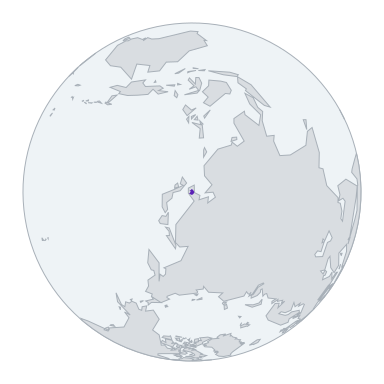 North Chungcheong on an orthographic globe, rotated 171°
{"feature_id": "KOR-2494", "entity_name": "North Chungcheong", "entity_type": "Province", "adm_level": 1, "iso_a3": "KOR", "parent_name": "South Korea", "parent_adm1": "", "projection": "orthographic", "projection_center": [127.84, 36.597], "detail": "fine", "context": "on_globe", "style": "filled", "palette": "violet", "viewbox_px": 384, "rotation_deg": 171, "n_neighbors": 0, "source": "natural_earth", "source_scale": "10m", "svg_char_len": 12113}
<svg xmlns="http://www.w3.org/2000/svg" viewBox="0 0 384 384"><g transform="rotate(171 192 192)"><circle cx="192" cy="192" r="169" fill="#eef3f6" stroke="#a8b0b8"/><path d="M320.2,288.9L320.1,289.7L319.9,289.9L320.2,288.9ZM319.5,81.1L321.8,83.9L320.5,82.5L321.4,84.5L314.7,80.8L299.5,70.7L300.4,69.7L296.6,67.8L295.2,69.2L295.2,70.7L280.3,69.3L273.9,77.7L277.4,84.1L272.3,80.2L282.7,95.3L282.8,104.3L279.3,92.0L276.3,89.2L274.7,93.9L271.2,92.1L268.5,93.5L264.5,91.0L262.8,84.5L260.2,83.0L259.2,86.5L254.6,86.6L256.5,81.6L248.7,81.4L244.3,71.5L252.5,61.9L246.8,56.0L246.3,45.5L243.0,45.2L240.7,41.6L236.0,39.9L237.3,38.9L232.4,38.6L232.2,39.9L230.0,40.3L227.2,39.6L228.3,38.0L229.9,38.1L228.7,37.3L230.5,36.8L228.1,36.7L229.7,35.0L224.0,35.7L221.9,33.6L224.1,32.8L229.2,34.2L247.1,37.1L250.9,37.5L251.2,36.3L240.4,30.9L242.5,31.1L241.3,30.4L237.7,29.5L237.4,29.7L230.5,28.2L230.9,29.2L228.1,28.9L226.3,29.8L220.9,28.4L216.5,26.8L217.7,26.1L215.8,25.6L210.0,25.4L207.7,24.0L198.6,23.2L211.1,24.1L223.5,26.0L235.7,28.8L247.7,32.5L259.3,37.0L270.6,42.5L281.5,48.7L291.9,55.7L301.7,63.5L310.9,72.0L319.5,81.1ZM347.4,170.3L346.0,167.4L347.4,167.5L347.4,170.3ZM344.7,166.8L345.3,167.6L344.8,167.2L344.7,166.8ZM344.1,167.3L344.6,167.0L344.1,167.8L344.1,167.3ZM343.3,168.5L343.7,167.7L343.7,168.0L343.3,168.5ZM341.7,169.2L341.2,169.3L341.4,168.3L341.7,169.2ZM295.8,71.7L295.5,69.5L298.1,69.0L298.7,71.1L295.8,71.7ZM290.5,73.3L289.4,71.4L293.7,73.1L293.0,73.6L290.5,73.3ZM280.7,89.4L281.2,86.8L281.9,90.0L280.7,89.4ZM268.8,94.1L269.7,95.5L267.9,95.7L268.8,94.1ZM229.5,30.6L228.0,30.2L229.1,30.2L229.5,30.6ZM230.1,31.4L232.5,31.7L233.2,32.2L231.7,32.0L230.1,31.4ZM260.2,92.2L256.9,92.3L259.9,91.0L260.2,92.2ZM227.0,31.0L234.1,33.0L235.2,33.8L230.5,33.9L227.0,31.0ZM254.8,91.6L247.0,92.2L248.4,95.2L239.9,87.6L249.4,89.3L252.9,87.2L252.6,89.8L254.8,91.6ZM233.3,40.7L233.5,39.2L235.9,41.1L233.3,40.7ZM235.4,41.9L246.2,48.0L244.6,50.1L241.3,47.4L241.3,51.0L235.2,48.9L233.9,46.6L236.1,45.5L232.1,45.6L235.4,41.9ZM236.4,83.5L234.3,82.8L236.2,82.3L236.4,83.5ZM229.3,40.7L231.6,41.6L230.4,43.4L225.5,41.9L227.5,41.8L229.3,40.7ZM244.2,53.0L242.5,54.3L237.1,53.0L235.7,53.3L235.0,49.1L244.2,53.0ZM226.4,41.0L223.1,41.2L221.1,39.7L227.0,39.9L226.4,41.0ZM232.1,44.6L231.3,45.4L230.2,44.4L232.1,44.6ZM212.4,35.2L215.2,36.0L214.8,37.0L212.4,35.2ZM222.0,41.3L222.7,41.8L222.9,42.4L220.4,42.2L222.0,41.3ZM231.2,48.6L229.3,47.8L231.2,50.2L227.3,49.5L227.5,46.9L225.7,47.7L224.5,47.5L226.1,45.7L231.2,48.6ZM218.4,43.8L217.3,40.6L212.2,38.8L212.4,37.8L220.6,41.0L218.4,43.8ZM222.8,45.0L220.1,44.0L221.7,43.2L224.5,43.4L222.8,45.0ZM224.5,50.1L230.5,51.8L230.3,52.3L224.5,50.1ZM216.6,43.4L216.9,44.2L216.0,43.4L216.6,43.4ZM221.7,48.1L223.9,48.6L223.5,49.2L221.7,48.1ZM215.6,45.5L215.3,44.4L217.2,44.4L215.6,45.5ZM218.2,46.8L217.2,47.5L218.1,45.1L219.2,46.9L218.2,46.8ZM221.0,48.6L221.5,49.1L220.2,48.3L221.0,48.6ZM208.6,46.2L209.3,43.2L213.5,43.1L212.3,46.1L208.6,46.2ZM78.7,66.7L73.8,71.7L71.3,74.3L67.4,77.9L53.8,95.7L55.8,94.7L48.7,109.0L47.5,116.1L56.5,108.7L58.6,96.7L64.3,90.1L66.8,95.6L65.8,106.9L68.0,104.8L73.1,94.2L77.4,93.9L75.4,90.5L72.8,94.0L71.5,92.2L73.7,88.9L75.2,88.8L76.8,84.9L69.5,87.1L66.2,91.0L67.6,84.2L62.1,90.1L60.9,90.0L69.7,80.0L72.3,78.1L84.9,65.5L82.2,66.8L70.2,79.0L71.9,76.6L68.3,79.1L72.4,75.3L86.3,62.3L90.6,57.4L89.0,58.1L104.7,47.4L97.9,51.9L100.9,50.3L109.7,45.2L105.8,47.9L108.1,46.8L104.9,49.5L107.0,50.5L104.8,53.2L112.0,51.3L111.8,52.7L107.6,53.3L103.5,55.5L98.6,63.4L99.6,64.2L104.6,62.5L102.7,65.2L108.2,62.6L108.6,66.9L112.8,59.7L118.9,58.2L122.6,59.8L125.3,58.2L119.3,55.6L116.2,55.9L112.3,58.0L104.6,58.4L104.9,56.3L115.9,51.5L117.5,48.3L125.3,46.6L136.8,53.6L138.3,58.1L127.3,68.9L123.3,68.5L125.2,64.2L117.5,69.6L121.0,68.4L119.4,70.9L124.7,70.6L123.9,72.4L130.6,69.3L130.1,71.5L125.8,73.3L133.4,75.4L134.1,80.0L136.2,79.7L138.3,78.0L137.8,85.3L139.4,84.8L140.2,82.2L143.9,79.5L150.2,77.9L149.7,80.5L147.3,81.4L141.6,87.6L135.4,90.1L135.8,91.0L141.1,89.5L148.1,81.9L152.1,80.2L149.3,83.9L150.6,82.4L152.4,82.4L153.7,85.0L157.0,81.1L177.7,79.1L182.2,84.4L177.4,87.5L191.3,90.4L195.3,97.0L196.1,94.4L203.2,94.6L202.0,92.5L202.9,91.4L220.7,92.1L224.4,94.6L232.9,92.9L233.3,91.7L230.9,89.7L239.9,87.6L248.4,95.2L247.2,97.5L253.4,101.1L249.6,105.9L249.3,111.9L241.5,115.7L242.0,120.5L244.4,121.5L246.8,129.0L243.5,142.0L235.6,127.2L238.5,108.9L236.4,115.8L233.7,113.1L231.0,115.0L229.8,120.3L231.6,121.5L213.6,125.9L204.4,138.9L212.7,139.6L216.2,144.7L213.0,162.4L191.3,182.7L195.8,191.4L195.0,196.4L188.7,198.5L189.7,191.1L184.7,187.4L186.3,183.2L176.5,184.7L178.2,178.7L169.7,183.2L171.2,188.5L179.2,189.1L171.1,196.0L177.1,206.0L176.0,216.1L159.7,230.3L145.9,232.2L144.6,235.0L140.1,230.1L132.5,234.1L139.8,253.4L139.1,258.0L127.6,263.6L127.6,260.1L115.5,247.3L112.1,257.5L121.2,269.9L124.3,281.2L116.8,275.5L113.8,265.3L109.6,260.5L111.5,251.4L109.5,235.4L102.0,235.1L103.4,229.4L99.5,214.2L89.1,213.2L72.2,220.3L68.5,233.9L63.3,236.9L60.1,211.1L62.8,196.1L59.0,194.4L57.9,177.2L48.6,163.5L49.5,158.8L47.3,157.7L46.9,149.7L49.2,142.4L47.9,139.6L42.2,159.0L43.9,162.2L48.5,160.4L46.3,166.2L47.0,175.4L38.0,180.6L27.9,172.0L30.8,160.9L43.1,123.2L44.9,121.1L45.1,120.7L45.5,120.1L42.7,123.0L46.1,116.2L35.4,139.6L31.9,148.1L27.7,172.3L27.2,172.8L27.0,179.1L31.2,186.4L30.3,189.6L26.0,199.3L23.5,204.6L23.0,192.8L23.4,181.0L24.6,169.2L26.6,157.5L29.4,146.0L33.0,134.8L37.4,123.8L42.6,113.1L48.5,102.9L55.0,93.0L62.3,83.7L70.2,74.9L78.7,66.7ZM60.7,125.0L62.7,132.2L68.6,123.0L69.9,125.2L71.5,121.5L69.1,122.4L73.9,112.9L77.2,114.2L80.5,111.1L80.0,108.6L73.1,107.8L66.1,121.0L62.8,122.0L60.7,125.0ZM124.2,39.7L120.9,41.3L119.0,41.6L121.9,39.2L124.8,38.6L124.2,39.7ZM116.8,43.6L126.9,40.2L125.5,41.9L124.5,41.4L122.6,42.9L120.6,42.6L109.4,48.1L106.9,48.8L113.6,43.3L112.8,44.5L116.0,42.7L116.8,43.6ZM155.1,32.1L159.4,31.7L150.8,35.8L147.7,35.8L150.4,33.1L155.6,31.6L155.1,32.1ZM217.4,31.2L219.6,31.5L219.3,31.8L217.2,31.9L217.4,31.2ZM213.7,35.5L207.3,30.6L209.6,30.6L203.2,28.2L206.6,27.4L210.6,28.8L208.4,26.7L213.4,27.6L211.2,26.3L219.9,29.6L224.3,30.7L218.1,29.8L214.8,30.4L214.8,31.1L217.8,33.9L225.7,37.1L223.8,38.6L220.3,38.9L218.1,38.3L220.1,37.4L215.7,37.4L216.9,35.7L213.7,35.5ZM180.9,46.5L184.1,44.8L175.6,46.2L176.7,43.8L175.6,44.1L174.3,42.4L170.9,41.0L172.2,40.0L170.3,39.9L169.4,38.9L167.2,38.5L168.8,36.7L166.3,36.1L168.4,35.6L163.7,35.2L167.9,34.7L167.1,33.7L163.4,34.7L177.0,27.7L179.4,25.9L179.1,24.8L186.4,24.6L191.3,25.7L194.1,27.9L190.7,30.0L194.6,29.8L194.1,30.8L191.2,30.6L195.4,31.6L194.3,32.5L196.7,35.6L203.5,37.1L204.5,38.4L201.3,38.3L204.6,39.8L199.3,40.6L199.9,41.7L195.3,43.8L188.7,43.3L190.0,44.6L186.5,46.5L180.9,46.5ZM207.1,46.7L199.0,46.2L195.6,44.7L205.1,41.8L205.3,40.6L211.2,39.1L216.0,41.4L213.8,41.6L212.9,42.3L211.8,41.3L211.9,42.7L209.0,43.1L208.3,44.3L205.9,43.7L207.1,46.7ZM71.8,74.4L70.5,76.0L69.2,78.0L66.9,79.8L71.8,74.4ZM81.1,65.4L80.4,66.3L76.5,69.4L77.9,68.0L81.1,65.4ZM83.4,64.4L80.7,66.1L82.9,64.3L83.4,64.4ZM107.3,54.2L106.9,55.2L105.6,55.9L104.3,55.9L107.3,54.2ZM155.9,51.8L158.3,50.6L159.0,51.0L165.1,50.2L164.7,52.2L160.9,53.4L155.9,51.8ZM55.0,108.2L53.4,108.0L54.4,106.0L54.8,106.4L55.0,108.2ZM59.0,92.9L56.5,97.5L58.4,93.3L59.0,92.9ZM156.6,53.8L159.1,53.2L157.4,54.6L156.6,53.8ZM164.8,53.6L163.3,55.2L165.4,52.4L164.8,53.6ZM30.5,241.7L30.0,239.7L32.9,248.9L33.4,250.3L30.5,241.7ZM166.3,312.7L171.5,313.9L171.4,314.5L166.3,312.7ZM160.8,309.8L166.7,311.0L159.9,310.9L160.8,309.8ZM169.0,311.4L175.0,311.1L177.6,310.5L177.2,311.6L169.0,311.4ZM156.9,309.2L135.9,304.4L127.9,300.6L129.6,299.0L142.7,302.9L156.9,309.2ZM129.0,298.7L116.9,288.7L101.5,263.6L107.0,266.2L123.3,283.8L122.2,285.4L129.5,292.7L129.0,298.7ZM159.0,294.3L157.8,299.9L146.2,297.0L140.9,294.8L137.3,286.3L139.3,282.9L143.6,284.1L160.8,273.9L166.7,278.4L161.2,283.2L166.0,289.4L159.0,294.3ZM68.9,235.7L70.8,246.0L68.1,245.6L68.9,235.7ZM168.5,265.2L161.1,270.2L168.0,263.0L168.5,265.2ZM172.9,257.8L173.1,261.1L170.5,257.5L172.9,257.8ZM143.9,239.6L139.3,239.2L139.5,236.8L145.5,235.9L143.9,239.6ZM175.1,224.6L173.9,231.7L172.7,233.9L171.2,229.3L175.1,224.6ZM157.3,72.4L149.2,71.0L143.2,71.9L139.5,75.2L141.3,70.3L150.6,68.8L157.3,72.4ZM175.2,77.9L178.4,75.5L179.4,77.2L178.7,78.0L175.2,77.9ZM175.5,75.9L175.1,71.8L178.4,70.9L178.1,74.3L175.5,75.9ZM165.5,62.0L163.1,61.4L164.6,60.2L165.5,62.0ZM266.0,343.9L265.3,344.2L281.0,335.4L283.3,334.2L279.7,336.4L266.0,343.9ZM230.3,354.8L229.2,353.5L236.6,352.1L234.3,353.8L230.3,354.8ZM285.7,332.3L290.0,329.1L290.8,327.3L291.2,328.2L295.4,325.5L284.9,333.1L285.7,332.3ZM200.8,348.6L168.4,351.2L161.0,349.5L162.2,347.7L154.0,339.3L156.4,339.9L154.0,334.1L172.7,331.8L185.8,322.9L197.1,324.3L205.1,316.7L216.9,317.3L213.8,323.5L226.5,327.0L234.1,312.9L242.8,326.4L252.8,329.5L256.7,336.0L242.6,348.5L233.6,351.6L231.4,351.3L227.8,352.6L221.5,352.9L217.1,350.4L213.6,351.5L216.6,349.0L211.6,351.4L207.9,349.4L200.8,348.6ZM285.7,315.0L287.7,314.6L291.1,315.4L287.9,316.2L285.7,315.0ZM315.2,294.5L316.3,294.9L314.2,296.4L315.2,294.5ZM319.9,289.9L317.4,291.9L320.2,288.9L319.9,289.9ZM295.1,304.0L296.2,304.4L295.4,305.0L295.1,304.0ZM294.3,304.1L295.3,302.3L295.3,303.7L294.3,304.1ZM284.5,299.6L285.6,298.5L286.1,299.0L284.5,299.6ZM179.3,315.0L186.5,311.5L190.5,311.5L179.3,315.0ZM282.7,298.5L279.8,299.1L280.0,298.2L282.7,298.5ZM282.8,296.5L282.4,295.5L284.4,297.6L282.8,296.5ZM277.1,295.4L280.7,296.5L276.7,295.7L277.1,295.4ZM275.0,296.1L272.4,295.8L272.6,295.4L275.0,296.1ZM247.0,302.4L256.5,308.2L249.1,309.0L240.7,305.5L234.6,310.1L220.4,310.0L223.5,307.4L221.5,303.5L207.1,301.8L204.2,299.0L209.2,297.4L199.9,294.8L210.1,294.0L214.4,299.6L220.2,295.3L230.4,296.1L240.6,297.4L248.9,300.6L247.0,302.4ZM210.4,306.1L212.1,306.1L210.6,307.7L210.4,306.1ZM267.5,293.8L271.3,295.7L270.9,296.4L269.1,296.3L267.5,293.8ZM250.8,299.5L259.7,293.9L261.9,293.6L256.0,299.5L250.8,299.5ZM257.5,291.2L261.7,291.3L264.0,293.4L263.1,294.3L257.5,291.2ZM189.5,300.0L189.2,301.5L186.6,300.0L189.5,300.0ZM192.9,299.3L200.8,301.5L192.2,300.6L192.9,299.3ZM169.5,291.3L171.7,295.3L178.7,293.9L173.4,296.6L178.3,303.1L176.7,305.1L171.8,298.1L170.3,304.5L167.2,303.9L165.4,298.0L168.4,291.4L171.5,288.9L184.3,289.2L169.5,291.3ZM192.8,294.8L190.7,290.3L192.3,287.5L194.5,290.0L192.8,294.8ZM184.8,279.0L179.7,273.0L174.7,274.4L184.9,268.2L188.2,274.9L184.8,279.0ZM180.8,266.7L176.2,267.9L181.1,264.2L180.8,266.7ZM175.1,266.0L174.8,262.1L178.4,263.1L175.1,266.0ZM183.2,267.2L184.5,260.8L186.0,264.8L183.2,267.2ZM174.0,253.3L181.2,260.7L171.4,256.5L172.1,243.7L176.4,244.1L174.0,253.3ZM204.8,203.1L204.4,199.1L208.6,198.6L207.7,201.5L204.8,203.1ZM221.7,194.4L209.5,197.2L199.7,199.9L202.3,201.9L199.2,208.3L195.9,201.7L203.5,195.1L210.8,194.4L212.8,189.0L218.7,185.6L218.8,178.6L221.7,175.8L223.8,182.0L221.7,194.4ZM218.5,175.7L220.9,163.6L228.3,165.8L229.4,168.9L225.2,173.4L221.6,172.0L218.5,175.7ZM223.6,161.4L220.1,160.0L216.2,141.7L217.2,138.5L224.1,153.0L221.1,152.5L220.8,156.8L223.6,161.4ZM234.5,84.3L234.3,82.9L235.8,84.2L234.5,84.3ZM202.1,90.2L203.5,88.8L205.3,90.1L202.1,90.2ZM208.5,85.9L205.6,85.3L208.9,84.8L208.5,85.9ZM198.9,84.5L204.5,84.6L198.8,86.1L198.9,84.5Z" fill="#d9dde1" stroke="#a8b0b8" stroke-width="1"/><path d="M191.2,190.8L191.4,190.6L191.5,190.4L192.0,190.3L191.9,190.5L192.0,190.4L192.1,190.5L192.1,190.4L192.2,190.2L192.3,190.2L192.4,190.3L192.5,190.4L192.8,190.3L192.8,190.2L193.0,190.3L193.0,190.5L193.3,190.5L193.5,190.6L193.8,190.7L193.9,190.8L193.7,190.9L193.6,191.0L193.4,191.1L193.4,191.3L193.2,191.5L193.1,191.4L192.9,191.3L192.9,191.5L192.7,191.4L192.6,191.5L192.4,191.6L192.5,191.7L192.5,191.8L192.4,191.7L192.2,191.8L192.0,192.0L191.9,192.1L192.0,192.2L192.1,192.3L192.0,192.5L192.1,192.8L192.0,193.0L192.3,193.1L192.5,193.3L192.4,193.3L192.3,193.5L192.2,193.6L192.1,193.8L192.0,193.7L191.9,193.8L191.7,193.8L191.6,193.7L191.4,193.6L191.4,193.4L191.3,193.2L191.2,193.1L191.1,192.9L191.2,192.7L191.3,192.7L191.2,192.6L190.9,192.5L190.9,192.4L190.8,192.2L190.7,192.1L190.6,191.9L190.7,191.7L190.8,191.7L190.8,191.4L190.7,191.3L190.7,191.2L190.8,191.1L191.0,190.9L191.2,190.8Z" fill="#8b5cf6" stroke="#5b21b6" stroke-width="1.5"/></g></svg>